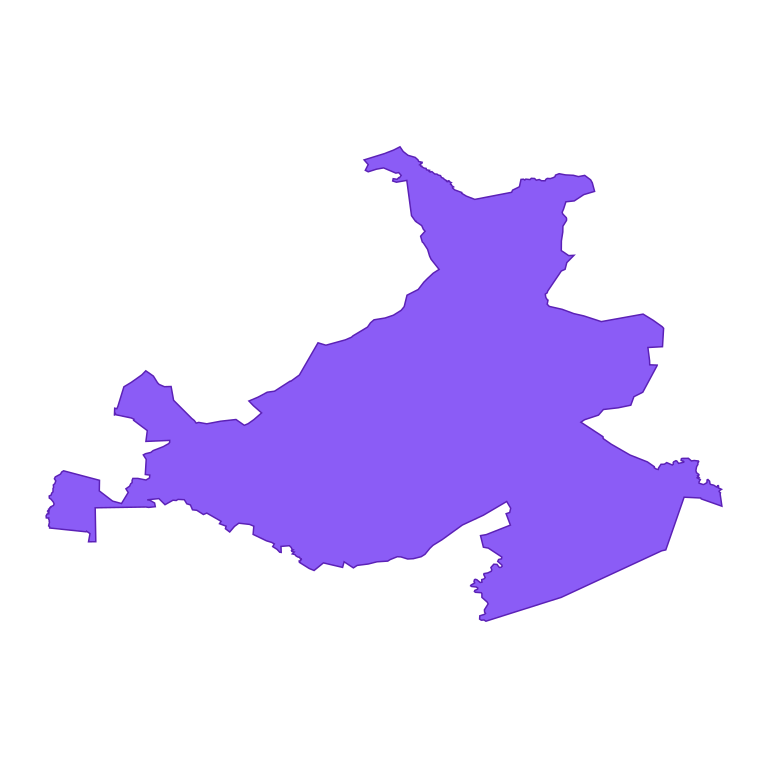 the district of Kaives pag., Vecpiebalgas, Latvia
{"feature_id": "27541924B86387846906817", "entity_name": "Kaives pag.", "entity_type": "district", "adm_level": 2, "iso_a3": "LVA", "parent_name": "Latvia", "parent_adm1": "Vecpiebalgas", "projection": "natural_earth1", "projection_center": [25.604, 57.037], "detail": "fine", "context": "isolated", "style": "filled", "palette": "violet", "viewbox_px": 768, "rotation_deg": 0, "n_neighbors": 0, "source": "geoboundaries", "source_scale": "gbopen_adm2", "svg_char_len": 6081}
<svg xmlns="http://www.w3.org/2000/svg" viewBox="0 0 768 768"><path d="M49.6,526.7L49.6,528.0L86.1,531.8L86.5,531.2L90.0,533.6L88.5,541.8L95.8,541.7L95.2,507.8L145.9,507.0L148.6,507.4L155.3,506.7L154.6,503.0L149.9,500.3L147.2,499.8L158.9,498.6L165.0,504.7L173.0,500.2L176.2,500.5L178.0,499.4L184.3,499.7L186.8,503.8L190.4,504.9L192.5,509.8L196.8,510.3L203.4,514.5L206.8,513.1L221.1,521.3L219.5,523.7L226.1,526.2L225.4,528.7L229.7,532.0L234.5,526.4L238.8,523.2L249.6,524.4L253.8,526.2L253.1,534.4L266.4,540.8L271.6,542.4L274.3,543.9L272.7,546.6L277.0,549.3L279.7,552.2L281.2,552.4L281.0,546.4L289.4,545.7L291.3,547.6L291.9,549.2L293.1,549.8L291.5,550.5L291.8,551.4L294.2,552.0L292.3,553.9L294.8,554.5L296.2,556.1L298.3,557.2L299.5,557.2L300.5,559.1L301.3,558.9L301.4,559.5L300.5,560.5L299.1,561.1L300.2,562.4L299.8,562.6L309.2,568.5L314.1,570.5L323.4,562.9L342.6,567.4L344.1,561.8L353.4,567.9L357.2,565.4L368.3,564.0L377.0,561.8L387.8,561.1L390.1,559.6L397.3,556.7L400.9,556.9L407.6,559.0L413.3,558.7L421.2,556.7L425.0,554.3L429.8,548.4L433.0,545.3L441.9,539.8L462.4,525.0L483.4,515.2L506.7,501.5L510.7,508.2L509.7,512.5L506.1,513.7L510.4,525.1L486.3,534.6L480.5,535.6L483.4,547.2L488.3,548.1L501.8,557.0L501.5,558.8L498.6,559.5L497.7,561.4L501.8,564.9L502.1,566.3L501.0,567.3L499.7,567.5L498.8,566.9L497.0,564.4L493.8,564.2L490.9,567.5L491.8,569.9L491.2,571.3L487.8,572.9L484.0,573.6L483.8,574.7L485.2,577.6L483.8,579.0L481.7,579.6L481.9,582.2L480.2,582.5L476.8,579.7L475.2,579.3L474.5,579.7L474.0,581.4L474.7,582.9L471.0,585.1L470.6,585.8L471.6,586.5L476.2,587.0L477.8,588.0L477.6,589.2L474.8,590.4L474.4,591.5L475.4,592.3L481.2,592.7L481.9,593.6L481.9,597.4L487.3,602.2L488.1,603.9L484.4,609.8L484.6,612.2L485.5,613.4L484.5,614.3L479.8,615.8L479.6,619.1L481.3,620.2L484.0,620.0L485.9,621.2L561.4,597.3L661.7,550.8L665.8,549.9L684.1,497.2L700.7,498.0L701.2,498.9L721.9,506.2L720.1,493.7L720.5,492.9L719.1,491.6L719.4,490.7L721.5,489.3L718.4,487.9L718.6,486.1L718.3,485.6L717.6,485.7L717.1,487.0L716.5,487.0L713.8,485.2L710.6,484.4L710.0,483.7L709.6,481.2L707.9,479.5L707.1,479.9L706.9,482.6L704.2,484.3L703.1,484.5L699.1,483.2L699.0,481.9L700.3,479.7L697.1,477.8L697.5,477.3L699.0,477.4L697.6,475.8L698.9,475.2L698.9,474.5L696.5,472.7L695.9,470.5L696.6,466.7L697.9,464.5L697.9,462.8L698.7,461.7L698.4,461.0L694.2,460.5L691.4,460.9L688.4,458.3L682.0,458.4L681.3,458.9L681.1,460.5L683.6,461.3L683.9,461.9L683.5,462.3L678.6,463.4L676.8,461.0L675.9,460.7L673.7,461.8L673.2,462.6L673.3,464.2L672.3,465.0L666.7,462.6L664.4,464.2L661.0,464.3L658.6,467.9L658.2,469.5L656.4,469.1L654.2,467.7L654.3,466.7L647.4,461.9L630.0,455.0L611.1,444.1L603.2,438.6L603.0,436.7L580.9,422.2L584.6,419.7L598.5,415.1L603.4,409.5L618.2,407.8L630.8,405.2L633.9,396.7L642.8,392.2L657.1,365.6L657.2,365.1L649.7,364.8L649.6,360.7L647.9,347.5L662.5,346.7L663.6,328.3L662.3,326.8L653.2,320.3L643.1,314.1L601.3,321.6L583.8,315.9L573.8,313.6L562.1,309.3L549.3,306.4L547.2,304.2L548.0,300.2L547.5,300.1L545.8,297.4L545.3,294.1L547.2,292.8L547.7,291.1L561.3,271.0L565.1,269.3L566.8,262.6L574.0,255.3L568.7,255.6L561.3,250.6L561.4,240.9L562.8,232.0L562.9,226.2L566.5,220.5L566.6,218.9L566.3,217.7L562.8,214.0L562.2,212.5L562.4,211.7L563.5,209.3L565.9,201.8L574.3,200.9L583.8,194.6L594.6,191.4L592.3,182.8L590.6,179.8L584.7,175.4L578.4,176.6L573.4,175.3L565.5,174.9L559.1,173.7L555.5,175.1L555.0,176.7L553.1,177.7L550.3,178.6L547.3,178.4L545.8,179.4L545.1,180.8L541.3,180.7L539.3,179.5L536.3,180.2L534.6,178.5L531.3,178.3L530.0,179.6L525.8,179.1L524.8,180.0L523.5,179.2L521.0,179.4L519.5,186.3L519.0,187.0L512.6,190.1L511.6,192.3L474.8,199.4L466.3,196.1L461.7,193.3L461.8,192.5L454.7,189.9L452.6,188.1L452.5,187.3L453.5,186.9L451.6,185.5L451.4,184.6L450.5,184.3L450.7,182.9L451.2,182.6L449.8,181.9L449.3,181.0L448.6,180.8L448.3,181.5L447.1,181.7L446.1,180.7L446.5,180.6L444.2,179.3L443.5,178.3L441.5,177.5L440.5,175.6L438.3,175.1L437.0,174.1L434.7,174.0L431.9,171.6L430.2,172.1L429.9,171.3L429.2,171.4L428.7,170.8L429.2,170.3L426.5,169.8L426.1,168.4L424.2,168.1L422.0,166.9L422.0,166.3L420.8,166.1L420.8,165.2L419.7,164.8L420.8,163.9L420.8,163.4L421.9,163.3L422.2,162.3L418.6,161.4L418.0,159.9L415.2,157.4L408.0,155.3L403.2,151.5L400.0,146.8L393.5,150.1L384.1,153.7L364.1,159.9L368.2,164.6L365.3,170.3L368.2,171.8L376.4,169.2L383.6,167.9L395.8,173.1L398.7,172.6L401.2,175.4L399.4,177.8L398.8,177.6L397.1,179.3L393.2,178.7L392.7,181.0L396.4,182.2L406.8,180.4L411.5,215.7L415.5,221.3L416.0,221.2L416.3,221.9L421.7,225.6L423.4,229.4L425.1,231.2L420.6,236.2L422.3,242.0L423.3,242.8L427.6,249.4L429.6,256.1L431.1,259.3L439.1,269.4L433.2,273.2L427.5,278.5L423.9,282.1L418.2,289.5L407.0,295.2L404.2,306.6L401.2,310.3L393.4,315.2L385.1,318.0L374.0,319.8L370.5,322.8L367.5,327.1L353.0,335.8L351.5,337.2L345.2,339.9L325.9,345.2L318.0,342.8L299.4,375.0L290.7,381.3L290.2,381.1L274.5,391.2L267.2,392.2L257.9,397.2L248.9,401.0L253.4,405.7L261.6,412.9L253.9,419.6L248.1,423.7L244.3,425.3L236.0,419.5L220.7,421.2L206.8,423.8L198.7,422.4L196.2,423.1L194.3,420.5L191.7,418.4L173.6,400.3L171.1,386.5L164.4,386.7L159.1,384.4L157.5,382.7L153.4,376.1L145.8,370.8L141.8,374.9L131.2,382.4L123.9,386.8L117.8,406.6L116.8,408.7L114.7,408.2L114.4,415.6L115.2,413.3L116.1,414.8L131.4,418.0L134.0,419.3L133.6,420.3L147.3,430.6L145.9,441.4L169.7,440.4L169.7,442.3L168.7,443.6L163.1,446.7L153.1,450.6L150.9,452.4L145.5,453.7L143.3,454.9L146.2,459.4L145.3,474.5L149.8,475.1L149.5,477.9L146.0,480.0L137.8,478.4L132.9,478.4L132.1,480.3L132.1,482.6L130.7,483.8L129.6,486.2L125.9,488.8L128.2,492.5L121.5,503.5L112.6,501.1L99.3,490.9L99.5,480.3L63.6,470.8L61.7,472.0L60.5,474.1L55.3,476.9L54.4,478.8L55.8,480.9L54.8,483.6L53.3,485.0L53.6,487.3L53.0,488.5L53.0,491.8L51.6,493.2L51.3,494.9L49.2,496.0L49.3,498.1L51.0,499.2L53.3,502.0L54.1,504.0L53.4,505.5L50.7,506.8L50.9,507.2L49.7,507.9L49.7,508.7L48.7,509.1L49.1,510.2L48.0,510.5L48.7,511.4L48.0,511.6L48.8,512.3L48.1,513.0L48.7,513.7L47.0,514.1L46.1,515.9L46.3,517.9L48.7,518.0L48.5,518.8L49.3,520.3L49.1,521.1L49.5,522.0L48.6,525.9L49.6,526.7Z" fill="#8b5cf6" stroke="#5b21b6" stroke-width="1.5"/></svg>